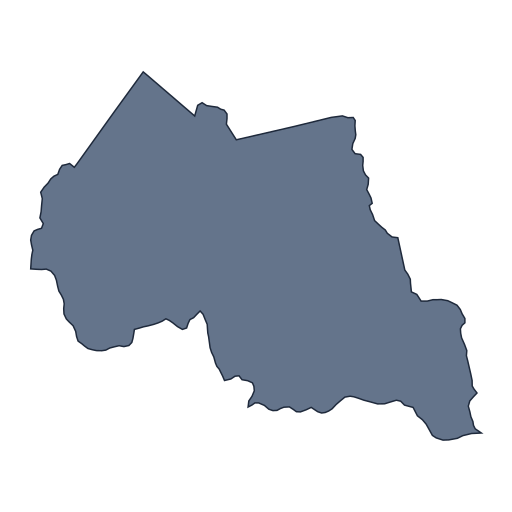 Tanque Novo, Bahia, Brazil
{"feature_id": "56859067B80880308839794", "entity_name": "Tanque Novo", "entity_type": "district", "adm_level": 2, "iso_a3": "BRA", "parent_name": "Brazil", "parent_adm1": "Bahia", "projection": "orthographic", "projection_center": [-42.526, -13.552], "detail": "fine", "context": "isolated", "style": "filled", "palette": "slate", "viewbox_px": 512, "rotation_deg": 0, "n_neighbors": 0, "source": "geoboundaries", "source_scale": "gbopen_adm2", "svg_char_len": 3065}
<svg xmlns="http://www.w3.org/2000/svg" viewBox="0 0 512 512"><path d="M143.2,71.9L114.2,111.9L77.0,163.8L74.3,167.3L69.6,163.5L66.0,164.6L62.2,165.4L59.6,169.3L57.8,174.4L53.9,176.2L50.8,178.9L48.0,183.2L44.2,187.1L40.7,192.2L42.3,198.6L41.6,205.5L41.1,211.7L39.9,217.9L43.3,223.6L41.5,228.3L37.6,229.4L34.1,230.9L31.5,235.3L30.7,240.0L31.5,244.7L32.8,250.2L31.9,254.5L31.3,259.2L31.0,264.2L30.7,268.9L36.7,269.3L41.6,269.5L46.3,269.1L50.9,271.1L54.6,275.4L56.4,280.2L57.7,286.5L58.9,291.1L61.3,295.0L63.4,299.3L64.2,303.8L63.7,308.7L64.0,314.0L66.3,318.9L68.9,321.7L73.1,325.7L75.7,331.4L76.6,336.6L78.1,341.1L81.9,343.8L84.5,346.0L87.9,348.5L92.2,349.7L96.5,350.6L101.8,350.7L105.8,350.1L109.8,348.0L114.0,346.9L119.1,345.7L123.9,346.6L128.9,345.5L131.8,342.5L132.9,338.5L133.8,333.3L134.4,329.4L138.9,328.2L143.5,326.8L147.9,325.9L153.6,324.4L158.1,322.9L162.1,321.2L165.9,318.8L169.3,320.4L172.9,322.9L177.5,326.6L182.4,329.4L186.6,328.0L188.1,323.4L189.9,319.6L193.6,317.7L196.6,314.5L200.1,311.0L203.1,314.3L205.2,319.6L207.2,324.3L207.5,329.1L207.8,333.0L208.6,336.7L209.3,341.8L210.1,347.7L211.6,352.4L213.8,356.9L215.5,363.1L216.9,366.4L219.2,369.1L220.9,372.6L222.5,375.8L224.5,380.5L230.8,379.0L235.0,376.2L239.0,375.8L242.0,379.7L247.7,380.7L252.4,382.8L253.9,386.3L254.3,390.8L252.0,396.3L248.8,401.0L248.1,407.0L252.0,405.0L254.9,402.9L258.6,402.9L264.4,405.4L268.8,409.2L272.9,410.6L277.0,410.4L280.5,408.5L283.9,407.2L289.4,406.9L293.4,409.5L296.4,411.7L300.4,411.9L306.1,409.8L311.2,407.4L317.7,411.7L321.6,413.0L325.2,412.5L328.7,411.0L332.1,408.8L336.1,404.5L340.4,400.8L344.9,397.1L350.1,396.2L353.9,396.8L358.3,398.2L363.9,400.2L370.4,401.9L377.6,403.9L384.6,403.8L389.7,402.2L396.4,400.2L400.7,401.2L404.5,405.1L408.9,406.3L413.1,407.4L417.4,415.8L422.5,419.8L426.2,424.2L430.3,431.6L432.4,435.4L436.2,437.9L443.0,440.1L448.7,439.9L457.4,438.3L462.9,435.6L467.1,434.6L471.5,433.5L475.8,433.3L481.3,433.0L475.2,428.8L473.5,425.4L472.9,421.5L470.9,416.8L469.9,412.0L468.3,406.1L469.8,400.9L473.5,396.7L477.0,393.0L474.0,389.1L472.2,386.0L472.1,380.5L470.8,374.2L469.2,367.3L467.7,360.8L466.4,355.7L466.8,350.6L464.5,344.4L461.6,337.9L460.7,333.3L460.4,328.8L462.1,325.3L464.9,322.8L464.9,318.5L462.1,313.8L460.3,309.5L457.0,305.2L451.8,302.6L447.8,300.7L441.2,299.5L436.9,299.7L432.9,299.7L427.2,301.1L421.1,301.1L419.0,297.8L416.8,294.4L411.4,291.9L410.5,283.3L410.3,279.2L407.8,274.2L404.8,270.0L397.8,237.7L392.1,237.0L387.3,233.3L385.3,230.0L381.8,227.3L378.3,224.1L374.6,220.6L372.6,214.6L370.2,209.7L369.3,205.6L372.2,203.3L371.0,198.0L369.1,194.1L366.7,189.6L368.2,184.3L368.6,178.1L365.5,174.9L363.4,170.9L362.7,165.4L363.1,161.5L363.1,157.4L360.6,154.4L355.1,153.7L351.9,149.4L352.8,143.6L355.2,138.4L355.8,134.7L355.3,130.9L354.9,125.8L355.2,120.5L353.2,117.5L347.9,117.7L342.4,115.9L331.2,117.4L294.5,126.4L236.3,139.8L226.4,124.2L227.0,118.5L227.0,114.0L224.1,110.1L220.7,109.2L217.5,107.2L211.7,106.4L206.6,105.6L202.1,102.7L197.7,105.3L194.7,116.0L146.1,74.3L143.2,71.9Z" fill="#64748b" stroke="#1e293b" stroke-width="1.5"/></svg>